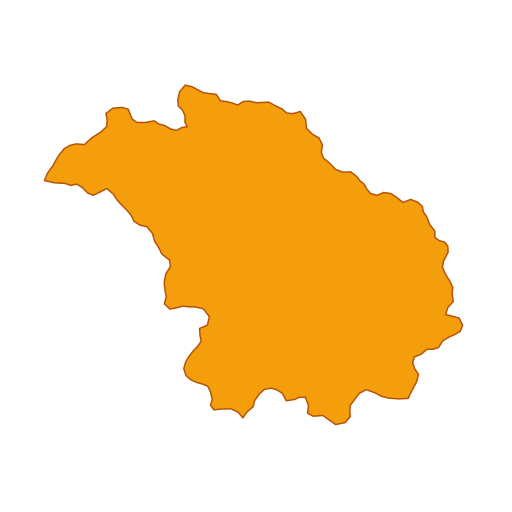 outline of Piedade dos Gerais, Minas Gerais, Brazil, rotated 77°
{"feature_id": "56859067B13510462648296", "entity_name": "Piedade dos Gerais", "entity_type": "district", "adm_level": 2, "iso_a3": "BRA", "parent_name": "Brazil", "parent_adm1": "Minas Gerais", "projection": "orthographic", "projection_center": [-44.249, -20.484], "detail": "fine", "context": "isolated", "style": "filled", "palette": "amber", "viewbox_px": 512, "rotation_deg": 77, "n_neighbors": 0, "source": "geoboundaries", "source_scale": "gbopen_adm2", "svg_char_len": 2544}
<svg xmlns="http://www.w3.org/2000/svg" viewBox="0 0 512 512"><g transform="rotate(77 256 256)"><path d="M429.0,139.8L423.6,135.6L419.2,131.7L414.7,127.8L408.0,124.3L401.0,126.9L394.6,127.2L389.9,124.2L389.0,117.7L385.4,110.3L386.8,104.2L386.2,98.7L380.7,93.2L378.4,86.1L377.1,79.5L375.3,73.9L370.0,70.3L362.2,72.0L358.2,79.5L355.7,84.3L349.3,80.7L344.8,74.1L336.5,73.3L331.1,71.4L324.7,72.6L316.6,75.4L308.8,76.9L302.7,74.1L295.6,68.0L289.5,66.9L284.8,69.1L282.3,73.9L278.4,77.5L271.9,76.2L264.7,79.5L255.6,81.0L250.4,83.1L245.3,82.7L240.1,86.1L235.6,92.7L237.0,100.6L230.6,105.7L225.5,110.5L222.8,117.4L224.1,124.2L221.0,130.2L216.0,132.9L210.5,134.4L206.0,137.9L201.0,140.1L195.3,144.8L193.9,152.5L189.5,159.0L181.7,163.6L175.7,168.3L169.6,169.0L162.7,166.3L155.2,168.1L150.2,173.5L143.1,178.0L133.8,177.0L125.2,180.3L125.6,188.1L123.6,194.0L118.5,197.6L114.0,203.3L109.0,208.9L106.7,221.2L103.5,228.1L102.6,233.7L104.8,239.9L101.8,244.4L99.0,249.8L96.8,255.7L89.6,258.4L87.3,264.7L85.0,270.6L80.3,276.1L76.6,280.3L73.6,286.5L78.7,293.4L85.9,296.9L92.3,298.0L97.1,294.9L103.3,293.6L109.6,295.1L114.6,294.0L114.1,299.5L115.8,305.0L113.0,310.7L108.2,315.7L105.7,320.7L101.4,324.9L101.0,333.9L99.1,341.9L94.8,345.8L89.5,346.7L84.3,347.5L81.1,353.0L79.8,362.3L83.4,370.2L89.3,370.3L96.3,372.3L100.4,379.5L103.8,389.3L108.8,398.1L106.3,406.1L106.4,412.6L108.3,418.8L113.0,424.8L117.8,429.6L122.8,434.1L128.7,440.9L134.9,445.1L139.0,436.7L140.7,431.4L142.3,425.7L145.5,420.7L145.7,414.4L150.1,409.9L156.9,405.7L160.2,400.9L158.6,393.8L156.7,386.1L163.8,381.0L169.9,378.9L175.4,375.8L181.8,371.8L187.9,368.7L194.8,367.0L199.8,362.2L202.9,355.8L210.8,351.8L219.1,351.4L224.7,349.3L233.1,347.2L240.4,341.3L246.8,341.6L253.1,347.8L261.1,351.4L269.9,352.4L275.6,352.6L282.0,356.0L288.4,351.8L288.6,345.2L288.4,338.3L290.4,333.0L291.8,327.0L295.6,319.2L304.6,315.1L312.4,318.9L313.9,327.3L320.8,328.4L326.7,328.6L330.5,332.7L334.7,338.9L339.0,344.2L343.7,348.5L349.5,351.7L356.8,351.1L361.8,347.5L365.8,342.3L368.8,336.8L371.9,332.4L377.5,330.9L385.8,330.9L391.4,333.9L396.4,331.7L397.3,324.4L399.2,314.8L404.3,308.5L410.7,305.2L405.7,299.5L402.3,292.8L396.8,290.0L391.5,284.3L387.8,277.6L388.3,270.7L391.1,265.8L395.9,261.1L403.8,259.1L404.5,250.7L403.4,245.4L404.9,239.6L413.5,238.5L420.8,241.1L425.0,236.3L426.4,226.8L431.7,222.1L438.1,216.4L438.4,206.5L433.7,200.3L427.9,199.4L422.7,197.7L418.1,192.3L413.1,186.3L411.0,178.6L416.3,170.5L420.9,165.4L424.4,158.5L427.3,149.1L429.0,139.8Z" fill="#f59e0b" stroke="#b45309" stroke-width="1.5"/></g></svg>